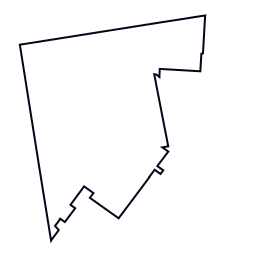 outline of General Villegas, Buenos Aires, Argentina, rotated 351°
{"feature_id": "61730980B52535530003600", "entity_name": "General Villegas", "entity_type": "district", "adm_level": 2, "iso_a3": "ARG", "parent_name": "Argentina", "parent_adm1": "Buenos Aires", "projection": "robinson", "projection_center": [-62.918, -34.876], "detail": "fine", "context": "isolated", "style": "outline", "palette": "ink", "viewbox_px": 256, "rotation_deg": 351, "n_neighbors": 0, "source": "geoboundaries", "source_scale": "gbopen_adm2", "svg_char_len": 745}
<svg xmlns="http://www.w3.org/2000/svg" viewBox="0 0 256 256"><g transform="rotate(351 128 128)"><path d="M221.8,28.9L177.3,28.8L118.9,28.8L34.2,28.8L34.2,29.1L34.2,57.7L34.2,58.3L34.2,91.8L34.2,129.4L34.2,149.8L34.2,151.9L34.2,153.1L34.4,227.2L38.3,223.2L40.6,221.0L43.6,218.0L40.6,213.3L46.5,207.6L46.5,207.1L46.8,206.9L50.9,211.0L63.3,199.0L59.2,194.9L67.8,186.4L72.7,181.6L75.5,178.8L83.7,186.9L79.4,191.0L104.6,215.7L115.6,205.1L141.5,179.9L141.3,179.7L147.8,173.4L152.9,178.5L156.2,175.3L151.0,170.2L164.1,157.6L158.9,152.5L164.9,152.4L164.1,130.9L162.3,79.0L164.5,79.7L167.0,82.6L168.6,74.6L208.3,83.3L212.1,66.1L213.7,66.1L215.2,59.2L219.7,38.5L221.7,29.4L221.7,29.2L221.8,28.9Z" fill="none" stroke="#020617" stroke-width="2"/></g></svg>